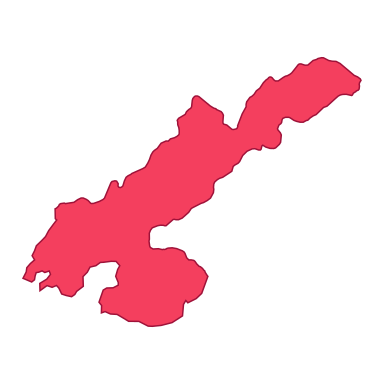 the district of Bostanlik, Tashkent, Uzbekistan
{"feature_id": "79887680B98166747305726", "entity_name": "Bostanlik", "entity_type": "district", "adm_level": 2, "iso_a3": "UZB", "parent_name": "Uzbekistan", "parent_adm1": "Tashkent", "projection": "natural_earth1", "projection_center": [70.388, 41.744], "detail": "fine", "context": "isolated", "style": "filled", "palette": "rose", "viewbox_px": 384, "rotation_deg": 0, "n_neighbors": 0, "source": "geoboundaries", "source_scale": "gbopen_adm2", "svg_char_len": 3854}
<svg xmlns="http://www.w3.org/2000/svg" viewBox="0 0 384 384"><path d="M207.9,276.3L207.5,276.0L205.3,272.5L204.6,270.7L203.8,270.2L202.5,268.4L200.5,266.8L198.9,266.2L198.5,265.7L196.8,264.0L195.0,261.4L193.8,260.4L191.3,259.9L188.8,259.9L186.7,257.8L185.0,253.4L184.0,251.9L182.3,250.8L176.7,248.6L172.2,247.8L168.1,248.1L166.3,248.7L165.9,249.2L164.2,249.5L163.6,249.3L162.4,249.6L158.4,248.7L153.1,249.0L150.4,247.5L149.7,246.1L149.0,241.1L149.4,239.2L149.3,233.2L150.5,230.2L152.3,227.8L157.7,225.7L160.6,225.2L163.3,225.3L164.9,225.8L166.1,225.7L173.1,219.5L174.3,219.3L175.9,219.7L178.6,219.7L182.2,218.1L188.7,212.3L191.1,208.7L192.4,207.8L201.2,203.3L203.5,202.6L207.3,200.5L210.5,198.1L213.4,192.7L213.8,189.3L213.5,187.3L213.8,183.9L214.8,181.9L217.4,179.6L219.6,178.3L222.7,177.3L227.4,174.2L231.8,171.3L233.2,166.4L234.9,165.0L238.0,163.3L239.6,161.6L242.7,155.5L247.1,151.2L252.2,148.9L254.9,148.7L258.7,150.0L260.4,150.0L261.1,149.2L261.9,145.9L262.8,145.2L265.6,147.0L270.0,148.4L273.8,148.5L275.6,147.9L279.4,144.3L280.6,142.3L281.3,135.0L280.4,132.9L277.8,129.7L277.5,128.7L278.9,125.1L280.9,123.6L281.6,122.5L282.1,119.6L282.8,118.4L285.4,117.3L288.7,117.3L289.9,117.7L294.0,120.4L296.7,121.4L300.1,122.2L303.3,122.2L306.1,120.6L307.8,120.2L310.2,117.9L313.3,115.8L316.1,114.6L323.6,107.4L327.0,106.2L334.9,99.0L338.3,96.0L340.5,94.9L342.8,94.4L346.3,94.3L351.7,95.5L352.4,95.0L353.4,93.1L356.0,91.5L356.3,90.9L358.2,90.2L359.1,89.1L359.5,86.0L359.2,84.5L359.5,82.8L361.0,80.4L360.3,78.9L357.6,76.9L354.2,75.4L340.1,63.5L336.1,61.4L332.1,61.2L328.7,60.5L323.5,57.8L321.6,57.7L318.0,58.5L316.6,59.4L313.1,60.5L307.8,65.1L305.0,65.2L301.0,63.9L299.2,64.0L298.1,64.8L296.2,67.3L291.9,72.7L291.7,72.9L290.1,74.2L287.4,75.7L285.4,76.2L283.3,77.4L278.3,80.9L275.4,81.0L273.7,79.7L272.2,77.8L270.9,77.0L269.8,77.0L268.7,77.6L267.8,78.8L266.2,79.8L263.4,82.7L259.8,88.2L256.4,90.8L254.0,94.4L251.9,96.3L249.9,97.4L246.7,101.8L246.1,104.3L246.1,106.8L242.2,113.9L237.6,125.8L237.8,126.6L236.9,128.5L236.2,128.9L233.7,129.5L232.0,129.4L226.8,125.0L223.6,124.1L223.0,123.1L222.9,121.6L223.4,115.2L222.4,113.1L221.1,111.6L216.4,109.5L215.9,108.7L213.9,108.2L210.3,106.0L198.9,96.6L197.4,96.0L195.7,96.0L194.5,96.5L192.9,98.4L192.3,100.2L191.6,106.8L190.7,108.3L188.8,109.5L186.5,111.7L185.2,114.4L178.6,118.3L177.2,120.3L177.7,122.0L177.7,123.8L177.8,124.9L178.8,127.6L179.2,130.4L179.2,133.6L178.9,134.7L177.1,136.3L174.5,137.7L170.4,138.9L168.3,141.1L166.0,141.0L161.1,143.2L157.3,148.4L154.4,150.4L152.8,152.0L151.0,155.1L149.5,159.5L147.8,163.1L145.3,167.1L142.8,168.6L131.8,173.5L130.8,174.4L128.0,175.8L126.1,177.3L124.4,180.9L122.9,185.9L121.6,187.1L120.2,187.6L118.6,187.1L118.0,186.0L118.2,183.7L116.6,181.1L114.9,180.8L112.0,181.5L110.9,182.8L104.5,198.1L103.2,199.4L99.4,201.4L93.6,203.4L91.4,203.5L90.7,203.3L88.3,200.7L86.4,199.4L83.2,198.0L81.1,198.0L77.6,199.7L74.0,202.3L65.4,203.6L64.3,203.1L60.7,203.6L59.4,204.4L58.6,206.1L56.3,208.3L55.1,208.8L55.3,218.7L56.7,220.0L53.7,223.9L48.7,230.6L45.5,236.6L41.6,240.7L36.4,245.7L34.5,250.9L32.1,255.7L34.6,259.9L30.4,263.5L26.8,267.7L26.2,272.0L23.0,278.3L31.7,282.0L34.5,279.8L35.1,276.1L36.2,272.6L38.7,272.2L42.1,270.9L44.8,272.5L49.2,271.0L50.5,274.3L46.8,279.1L39.8,283.4L40.0,290.7L47.0,285.6L52.1,287.3L56.5,285.5L58.8,288.0L61.7,294.0L66.2,295.5L71.6,296.7L74.8,294.5L76.6,291.4L83.3,286.3L83.0,276.6L87.3,272.2L90.0,267.1L95.9,265.7L100.4,262.4L103.2,262.3L111.2,261.3L116.1,261.4L119.8,265.7L117.7,269.4L115.7,276.3L118.3,282.6L118.2,285.2L113.1,287.8L106.7,288.0L103.2,290.1L99.0,302.2L101.6,305.5L101.4,312.9L105.1,311.6L110.5,314.0L117.1,314.4L122.7,317.7L128.6,321.3L138.9,321.4L148.1,326.1L152.3,326.3L161.2,325.4L172.1,322.6L182.5,315.9L183.5,304.4L185.8,300.5L187.8,302.8L196.2,298.6L201.7,293.4L207.9,276.3Z" fill="#f43f5e" stroke="#9f1239" stroke-width="1.5"/></svg>